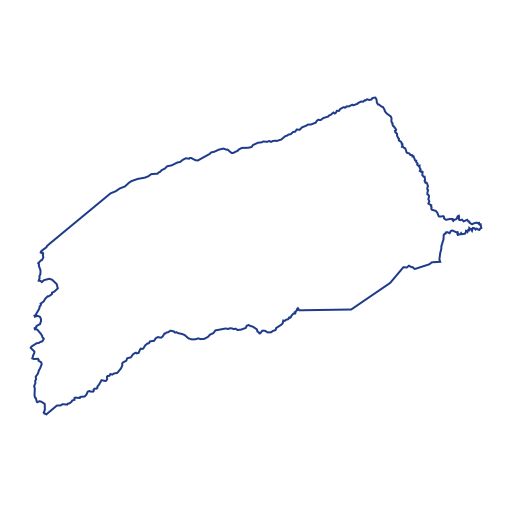 the district of Correntina, Bahia, Brazil
{"feature_id": "56859067B33556006253925", "entity_name": "Correntina", "entity_type": "district", "adm_level": 2, "iso_a3": "BRA", "parent_name": "Brazil", "parent_adm1": "Bahia", "projection": "equal_earth", "projection_center": [-45.351, -13.5], "detail": "fine", "context": "isolated", "style": "outline", "palette": "blue", "viewbox_px": 512, "rotation_deg": 0, "n_neighbors": 0, "source": "geoboundaries", "source_scale": "gbopen_adm2", "svg_char_len": 5997}
<svg xmlns="http://www.w3.org/2000/svg" viewBox="0 0 512 512"><path d="M475.6,229.5L476.1,228.7L477.0,228.7L478.6,229.8L479.4,229.9L480.3,228.4L481.3,228.0L480.6,224.3L479.7,224.7L479.0,224.0L479.0,222.9L477.6,223.2L476.8,222.6L473.6,223.4L472.1,224.3L469.7,222.9L469.3,221.6L468.5,221.6L467.2,219.8L463.6,221.4L462.0,219.6L460.2,220.2L459.2,219.8L458.9,218.8L459.1,217.0L458.8,215.7L457.5,216.5L456.9,218.5L456.1,219.2L454.1,219.9L453.3,220.9L452.6,220.1L452.6,219.0L450.3,218.9L446.0,219.8L444.1,218.5L444.1,217.1L443.5,216.2L439.7,216.6L438.7,216.2L437.3,212.7L435.8,210.9L431.8,209.7L431.3,208.9L431.6,207.5L431.0,206.4L431.3,205.3L428.4,203.6L429.3,201.3L428.3,199.0L428.7,198.3L429.0,196.0L428.4,194.9L427.4,194.3L427.4,192.5L428.1,190.1L427.3,189.3L427.3,187.7L428.0,186.3L427.1,183.6L426.5,182.6L425.5,182.8L424.9,181.7L424.6,180.7L425.1,180.0L424.6,176.7L423.6,176.7L422.3,175.1L422.6,171.9L421.8,171.4L421.1,171.8L419.8,170.9L420.6,169.2L419.6,167.7L419.5,165.7L418.8,166.1L417.2,164.7L417.6,163.5L416.2,162.0L416.2,160.7L415.1,160.4L413.5,156.3L412.5,156.5L412.3,155.2L410.4,155.0L409.4,153.5L407.2,152.9L406.6,152.4L405.3,148.4L403.6,147.6L403.0,146.6L402.0,146.7L402.5,144.2L401.7,143.8L401.6,142.7L400.9,141.7L398.8,140.4L398.9,138.6L398.2,138.1L397.1,135.8L397.0,133.7L395.3,132.3L395.0,131.0L395.7,130.8L396.1,129.9L395.3,128.3L394.4,127.5L394.2,126.6L393.2,126.1L392.5,124.8L392.6,123.3L391.7,122.5L391.4,120.8L391.5,118.2L390.8,116.5L386.6,113.4L384.8,111.2L384.7,110.1L383.0,107.1L381.4,106.5L378.9,104.5L378.0,104.5L376.9,102.6L376.5,99.5L375.4,97.6L373.4,97.8L372.2,98.3L371.6,99.4L369.4,100.0L367.0,99.3L365.5,100.5L364.6,100.3L363.2,101.7L361.2,101.5L357.9,103.1L357.4,103.8L354.7,104.8L353.2,105.3L352.3,104.7L348.9,106.4L346.5,106.4L345.7,107.4L344.8,107.7L344.1,107.2L343.3,107.3L340.1,109.1L339.0,110.9L336.8,110.8L336.0,112.6L334.7,113.5L333.4,112.5L330.9,114.7L328.9,115.6L328.3,116.5L323.2,118.1L321.1,119.8L320.0,120.1L318.4,119.7L316.9,120.7L315.7,122.7L310.9,124.5L307.8,124.6L306.4,125.6L302.1,127.3L299.6,129.8L296.7,129.5L295.2,131.7L293.2,131.9L290.7,134.2L288.4,134.6L287.1,135.6L285.2,136.2L281.3,139.5L276.7,141.0L275.7,140.7L272.8,141.0L271.0,141.9L269.2,141.0L267.1,141.8L263.3,141.5L261.5,142.4L258.0,142.7L252.9,145.1L251.6,147.0L248.1,147.8L241.9,147.9L238.6,149.6L238.1,150.5L233.3,152.9L231.9,153.1L231.1,152.6L227.6,149.6L226.5,149.7L223.5,148.6L218.9,149.6L214.4,151.7L211.0,152.5L209.7,153.9L197.8,160.5L195.4,160.2L191.2,158.0L189.9,158.0L189.1,158.7L185.8,158.3L182.7,159.9L180.1,162.0L177.4,162.5L171.6,165.4L167.3,166.2L164.8,168.6L161.6,170.2L160.3,171.7L158.6,172.5L157.5,173.7L151.3,174.1L148.3,176.3L144.7,177.7L137.8,178.9L131.5,181.1L129.0,182.7L125.0,186.4L119.7,188.5L115.8,191.2L110.5,193.4L50.0,243.4L47.0,246.0L46.4,247.3L41.4,250.9L40.7,252.5L41.3,252.9L42.7,252.7L43.2,253.9L42.8,254.7L43.3,257.5L42.1,259.9L41.2,260.2L38.2,263.2L39.0,264.1L38.8,265.6L40.5,270.4L40.4,274.2L39.4,276.3L39.6,278.1L38.7,280.7L40.6,280.9L41.8,282.1L44.1,280.1L49.2,278.8L52.1,279.7L56.7,284.1L57.8,288.4L54.2,291.7L52.0,292.7L52.0,294.0L51.3,294.6L48.6,296.4L47.7,296.3L45.4,298.5L43.6,301.5L40.6,303.7L40.9,304.5L40.7,305.5L39.6,306.4L39.4,308.3L38.8,309.5L35.3,315.4L34.5,315.7L34.9,316.7L37.3,315.8L39.8,316.7L40.9,318.7L41.0,321.1L40.0,324.1L36.5,326.0L36.3,327.1L34.6,328.2L34.9,329.3L36.7,329.3L37.7,330.1L40.9,333.9L42.2,336.0L42.3,337.0L43.8,338.8L42.3,341.4L40.4,341.9L38.7,343.0L36.7,343.2L31.4,346.6L30.7,347.9L34.4,351.5L34.3,353.1L33.3,355.0L32.3,358.4L33.9,359.0L38.0,358.8L38.6,359.6L38.5,360.7L41.2,362.3L41.7,364.2L39.8,369.0L39.1,369.8L37.9,373.7L35.7,376.7L36.1,379.2L35.2,380.8L35.4,383.1L34.1,386.2L34.8,388.2L34.5,395.3L35.0,397.5L35.9,398.2L36.7,401.5L37.3,402.2L39.6,401.2L41.5,401.8L44.7,403.9L44.9,409.7L43.7,412.7L44.4,413.6L45.2,413.6L46.3,414.4L56.8,405.6L60.6,405.4L62.6,404.2L67.1,404.6L67.7,403.7L69.4,403.4L71.5,401.8L72.2,400.5L74.5,399.8L74.4,398.1L75.1,397.6L79.8,398.0L80.3,396.9L84.7,396.5L86.5,394.5L87.5,392.1L88.2,391.4L89.5,391.0L90.5,391.6L93.2,391.6L93.8,390.8L93.6,389.6L94.5,388.7L96.7,388.6L97.4,387.9L97.4,386.5L98.9,384.8L101.5,380.2L105.5,381.0L106.4,380.5L107.2,378.9L106.9,376.8L107.5,376.0L109.3,375.9L110.5,374.0L112.2,374.6L114.0,373.5L117.3,372.9L120.9,368.5L122.3,365.6L122.2,363.5L122.9,362.5L126.3,360.7L127.2,358.3L130.9,357.3L133.1,354.2L134.9,353.1L135.9,352.7L136.8,353.4L138.6,352.9L140.1,349.4L140.8,348.6L141.9,349.0L143.2,348.6L145.3,345.3L147.5,343.4L148.3,343.5L149.3,342.8L149.9,341.4L154.1,340.8L155.7,338.3L157.8,337.1L161.0,337.7L162.5,336.7L164.5,333.5L165.3,333.5L166.5,332.5L168.0,332.3L170.5,330.7L173.9,331.4L174.5,332.3L175.3,332.6L176.3,332.2L178.3,333.2L182.1,334.0L184.6,335.0L188.4,338.3L191.7,339.4L195.2,339.3L198.3,338.4L200.5,339.1L204.2,338.9L207.8,337.0L210.2,334.5L213.3,333.2L215.4,330.4L225.6,328.5L228.4,329.0L229.5,328.3L231.7,328.3L233.6,329.1L235.6,328.7L237.5,330.0L241.2,329.6L245.8,327.9L246.7,325.8L248.6,325.0L250.6,326.1L252.5,326.5L256.8,329.3L257.5,331.6L258.6,332.2L259.4,333.4L260.2,333.3L262.2,330.8L263.1,330.6L265.3,330.9L267.5,332.4L271.0,332.3L272.6,331.1L275.6,330.0L276.1,328.1L281.7,324.4L282.6,323.4L283.3,320.5L284.7,320.9L286.2,319.7L288.2,319.2L289.3,317.4L290.0,317.8L290.8,317.3L291.6,315.5L293.3,313.7L295.2,313.5L295.5,312.6L294.9,312.1L297.4,309.9L297.0,309.2L297.9,308.2L299.3,310.3L351.2,309.5L390.2,282.9L403.4,267.2L406.8,267.5L409.0,265.7L411.5,267.2L412.6,267.1L414.5,268.9L415.4,268.8L429.3,264.3L431.9,262.3L440.2,261.8L439.4,259.4L440.2,253.2L441.3,248.8L441.4,246.2L443.5,239.3L443.7,235.0L444.7,233.7L445.5,233.7L446.1,232.3L447.4,232.2L449.6,233.2L450.9,230.9L452.4,230.5L456.4,232.3L457.6,232.1L457.9,233.2L457.4,234.0L457.8,234.9L460.2,234.3L461.1,233.1L461.8,234.2L465.0,233.7L466.0,231.8L466.0,230.8L466.9,230.9L467.5,231.8L468.2,230.0L469.0,230.3L469.3,228.0L469.8,228.5L469.9,229.5L471.6,228.9L471.5,230.0L472.0,230.8L472.9,228.0L474.1,228.1L475.6,229.5Z" fill="none" stroke="#1e3a8a" stroke-width="2"/></svg>